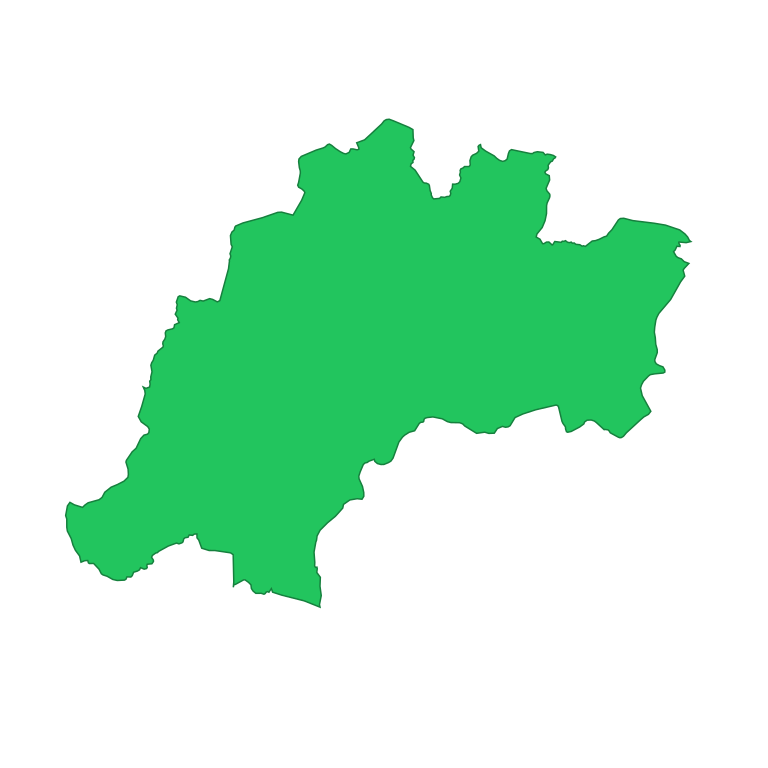 Kabinda, Kasaï-Oriental, Democratic Republic of the Congo, rotated 108°
{"feature_id": "63176286B78021290688444", "entity_name": "Kabinda", "entity_type": "district", "adm_level": 2, "iso_a3": "COD", "parent_name": "Democratic Republic of the Congo", "parent_adm1": "Kasaï-Oriental", "projection": "orthographic", "projection_center": [24.619, -6.075], "detail": "fine", "context": "isolated", "style": "filled", "palette": "green", "viewbox_px": 768, "rotation_deg": 108, "n_neighbors": 0, "source": "geoboundaries", "source_scale": "gbopen_adm2", "svg_char_len": 6171}
<svg xmlns="http://www.w3.org/2000/svg" viewBox="0 0 768 768"><g transform="rotate(108 384 384)"><path d="M327.5,121.8L315.3,134.8L308.6,138.8L305.0,138.8L301.2,138.1L294.6,134.9L292.8,133.6L290.7,129.7L287.3,121.9L285.9,120.6L284.0,121.2L281.5,124.0L281.4,127.7L280.7,131.3L278.8,133.4L277.1,134.0L269.7,133.8L266.8,134.8L262.3,137.8L256.1,140.3L251.2,142.9L246.2,144.1L239.1,145.2L236.1,145.1L231.9,144.4L215.1,137.5L195.3,133.5L188.5,131.3L183.3,134.7L181.3,134.2L175.1,131.3L174.9,136.3L173.1,139.9L173.0,143.3L172.3,145.5L168.7,149.5L166.6,148.5L162.5,148.0L161.8,145.0L160.7,145.2L158.8,147.3L157.8,147.3L156.2,140.3L153.7,136.2L153.1,137.9L150.4,140.6L148.3,144.1L146.1,150.3L145.9,165.4L147.6,176.7L151.7,197.8L152.3,207.2L153.6,210.4L155.6,211.8L166.8,214.9L171.1,217.0L174.6,218.0L176.0,220.1L180.0,224.2L182.3,227.2L183.7,230.2L190.9,235.0L190.9,237.0L191.7,238.2L191.0,240.8L191.9,244.8L191.1,246.6L191.9,248.4L191.2,249.8L192.2,251.2L192.5,253.2L191.6,255.7L192.7,256.9L193.1,258.6L194.5,259.2L195.7,265.6L199.5,266.6L199.8,267.1L198.0,271.0L198.8,273.3L201.2,275.4L201.5,276.6L198.1,280.4L197.2,284.7L194.1,284.9L186.3,281.9L179.0,281.3L171.7,282.1L164.1,284.5L161.4,284.8L155.7,284.1L153.9,284.3L152.3,285.0L149.9,288.8L147.9,290.3L138.8,289.5L134.8,291.2L134.2,295.0L132.9,296.5L131.4,296.0L129.5,294.5L127.6,294.4L125.3,295.5L121.2,294.2L120.0,292.8L117.4,292.3L116.2,291.2L115.0,290.9L114.3,293.5L114.4,296.8L115.0,299.9L116.3,301.4L114.6,304.3L115.7,309.9L117.5,312.9L119.0,314.0L119.6,316.1L121.7,335.2L123.6,336.7L126.3,336.9L132.0,336.4L134.2,337.8L135.6,339.9L135.6,343.1L134.6,346.4L133.0,349.7L131.1,359.2L129.3,364.6L126.5,366.2L127.5,367.3L129.0,367.9L133.3,365.8L136.1,367.3L139.0,370.4L140.9,371.3L145.0,371.3L148.9,369.7L150.1,369.9L150.9,370.4L152.3,374.6L154.1,375.6L155.7,377.4L157.4,377.6L158.9,376.8L161.8,376.7L164.3,374.5L168.2,374.4L170.2,375.4L172.0,378.1L172.7,380.5L176.8,379.6L180.2,380.6L182.1,379.4L184.3,379.3L185.5,380.1L186.3,382.2L187.7,383.9L188.5,387.6L190.3,388.5L192.6,393.9L191.9,395.4L189.6,397.5L188.2,397.9L185.8,399.9L181.2,402.2L180.2,403.2L179.9,405.9L180.4,407.6L180.0,409.3L171.0,420.5L168.8,426.1L166.1,426.2L164.4,424.9L162.5,425.7L160.9,424.9L159.3,425.0L157.4,427.1L153.8,427.2L152.1,431.0L151.0,431.9L143.3,430.8L140.8,432.3L133.1,435.1L132.2,439.4L130.8,456.2L130.6,460.9L131.8,463.5L133.7,465.2L137.5,466.6L157.8,477.9L163.0,484.5L167.2,480.9L168.5,480.5L169.6,481.9L170.0,486.0L170.7,488.2L174.5,488.7L177.0,491.4L177.2,493.6L176.6,497.3L175.1,502.8L173.2,507.6L172.7,510.1L173.8,511.6L176.7,513.2L178.2,514.7L182.5,520.8L193.1,533.0L196.3,534.4L198.9,533.9L204.5,531.3L207.1,529.5L209.4,528.7L218.7,527.5L221.6,527.5L223.2,526.0L223.9,522.5L225.2,519.6L226.4,518.4L234.7,519.1L251.5,522.7L252.2,534.5L253.6,538.1L263.5,551.2L274.4,567.9L279.6,573.9L280.9,574.3L283.9,574.1L286.5,575.6L290.3,575.9L298.4,572.6L300.4,570.7L307.7,570.7L309.6,569.3L311.7,569.0L313.9,569.5L314.7,569.0L322.4,567.5L355.4,565.9L357.4,567.9L356.5,573.1L356.7,576.2L361.0,581.6L361.3,584.8L363.1,586.5L364.3,588.7L364.7,593.6L362.8,599.6L363.3,605.5L364.6,606.7L370.3,606.8L372.5,605.1L376.1,604.8L377.7,603.6L382.1,604.1L385.0,600.3L386.7,600.1L388.9,597.7L392.3,601.5L395.4,601.1L396.9,602.2L399.3,606.2L400.8,607.7L403.0,607.8L406.3,606.3L409.0,606.3L412.1,607.2L414.2,606.8L415.8,605.7L417.2,605.6L422.5,609.1L424.8,609.3L427.4,611.0L432.7,610.8L435.6,611.5L438.2,611.5L444.1,608.4L449.3,608.0L452.1,607.0L453.7,607.7L456.4,606.4L459.3,606.0L461.7,609.0L461.3,612.0L464.1,609.5L467.3,608.0L480.2,607.5L490.8,607.7L495.0,603.2L497.5,595.6L499.4,593.3L502.9,592.6L504.8,593.4L506.8,596.5L511.1,598.5L521.7,599.9L526.2,602.5L536.2,605.4L538.0,605.3L544.0,601.1L548.9,599.2L551.9,598.7L556.8,601.3L562.2,606.7L566.5,611.7L573.2,616.1L579.0,617.1L582.1,619.2L588.4,628.7L591.5,631.0L594.5,632.6L594.6,641.2L593.6,646.1L597.8,647.4L607.5,646.1L610.4,644.0L618.3,641.4L621.7,639.7L627.7,633.7L633.3,630.0L637.5,626.1L641.6,620.4L647.1,617.1L644.5,614.0L643.4,611.2L645.4,609.9L645.8,608.8L644.4,604.7L648.2,597.8L651.8,594.2L652.4,592.3L652.4,587.9L653.7,581.6L653.3,577.0L650.7,570.2L649.5,569.1L646.8,568.8L645.8,565.1L644.1,564.2L640.4,564.0L638.2,560.8L636.3,559.1L633.9,558.8L634.2,554.9L632.9,552.8L631.6,552.5L630.1,553.4L628.6,553.5L626.7,549.2L624.1,548.4L622.8,548.9L620.6,551.5L618.6,551.3L615.3,548.9L614.4,547.4L612.7,546.5L604.7,539.0L599.4,532.2L599.4,529.6L597.5,527.1L596.3,526.4L593.1,526.6L591.7,525.7L590.3,523.0L587.8,522.6L587.1,519.2L585.4,518.1L584.4,515.6L588.1,514.3L589.6,512.0L596.5,506.6L596.4,498.9L594.6,493.2L592.0,477.8L592.9,474.7L618.7,465.7L623.9,464.5L621.4,464.8L620.4,463.3L613.7,457.0L613.2,455.6L614.5,451.6L616.1,448.5L619.5,446.9L621.4,444.5L622.7,441.2L621.0,436.2L621.0,433.2L620.1,432.3L618.3,431.7L617.4,430.4L617.6,429.1L613.4,427.9L616.4,425.6L616.4,415.5L614.9,393.0L616.0,375.9L613.7,377.2L604.6,378.3L596.1,382.4L587.5,384.8L584.0,389.7L580.3,390.4L578.9,391.2L579.6,392.4L578.6,393.7L575.0,394.7L565.5,398.6L555.4,400.0L553.4,399.9L549.2,400.7L542.8,399.6L533.4,394.8L524.9,389.4L520.5,387.4L514.8,384.9L511.0,385.3L504.8,380.6L501.4,374.1L500.4,369.3L497.0,368.5L493.5,369.7L488.1,372.8L481.9,378.4L479.4,379.5L475.0,379.5L467.0,378.8L465.0,377.7L463.8,375.7L462.0,374.4L458.6,370.0L460.4,368.8L461.7,365.7L461.5,362.0L460.5,359.2L457.4,355.5L455.2,353.6L451.7,352.5L434.6,351.9L428.8,350.0L426.2,348.5L422.1,345.1L419.0,340.4L410.6,338.3L409.1,337.2L408.2,335.2L407.4,334.7L405.2,335.0L403.9,334.4L402.6,332.6L400.2,327.3L399.1,317.8L400.2,312.1L400.0,308.5L397.4,300.0L397.6,296.9L399.0,294.2L402.3,280.7L398.7,273.3L398.6,269.1L396.7,263.9L391.3,262.4L387.7,258.2L387.6,255.1L386.4,252.7L384.7,251.2L375.4,249.0L369.6,242.7L361.6,231.7L350.8,213.8L350.9,212.0L352.2,210.7L364.5,203.2L366.2,201.6L368.7,198.2L370.7,197.4L373.0,195.7L373.1,194.4L371.3,191.3L364.4,184.6L360.2,181.6L358.1,181.5L355.6,179.6L354.2,175.8L354.2,172.5L355.0,170.2L359.4,160.5L359.0,160.2L358.4,156.9L358.9,155.6L360.5,153.7L362.2,144.6L362.2,143.0L361.5,141.6L359.7,140.1L355.5,138.4L338.3,128.7L335.0,126.7L331.1,123.1L327.5,121.8Z" fill="#22c55e" stroke="#15803d" stroke-width="1.5"/></g></svg>